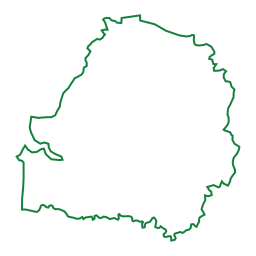 Kuala Muda, Kedah, Malaysia (orthographic projection)
{"feature_id": "92858781B60968971882976", "entity_name": "Kuala Muda", "entity_type": "district", "adm_level": 2, "iso_a3": "MYS", "parent_name": "Malaysia", "parent_adm1": "Kedah", "projection": "orthographic", "projection_center": [100.515, 5.701], "detail": "fine", "context": "isolated", "style": "outline", "palette": "green", "viewbox_px": 256, "rotation_deg": 0, "n_neighbors": 0, "source": "geoboundaries", "source_scale": "gbopen_adm2", "svg_char_len": 3694}
<svg xmlns="http://www.w3.org/2000/svg" viewBox="0 0 256 256"><path d="M146.5,222.9L150.2,221.7L151.1,220.2L152.5,218.0L153.9,217.5L155.2,218.9L156.3,220.8L156.1,223.0L155.2,226.9L157.8,228.1L159.5,227.7L160.6,226.3L162.4,227.7L164.1,228.8L165.6,229.5L166.3,231.0L165.6,232.5L163.6,234.4L163.9,236.4L165.5,237.0L169.7,236.1L170.8,236.4L171.1,238.0L171.3,240.6L173.0,240.2L174.9,239.7L175.6,238.5L175.3,237.0L174.2,235.5L174.7,233.8L176.3,233.1L177.7,232.8L180.2,232.0L182.4,232.9L184.1,232.0L186.3,230.2L188.7,229.8L190.7,228.0L191.2,224.4L193.4,224.1L195.3,226.1L196.5,226.8L199.1,221.6L199.1,219.7L199.4,217.8L202.2,215.8L204.5,214.7L204.1,213.6L202.8,211.1L201.6,209.5L201.9,208.0L202.5,206.1L203.9,202.7L205.3,200.2L205.1,195.3L208.0,196.3L211.7,195.1L211.2,191.7L209.2,190.0L207.3,187.0L213.6,185.1L218.3,187.3L219.5,187.0L220.7,184.1L221.9,181.4L223.7,183.6L228.0,185.6L230.0,181.7L230.7,178.5L232.7,175.5L235.1,172.4L234.9,169.4L233.2,165.5L232.7,162.1L233.7,157.7L236.3,154.6L238.0,151.9L239.3,148.0L239.3,146.7L235.4,144.3L234.4,143.6L232.4,139.7L232.7,135.8L231.5,135.0L230.2,132.3L225.1,130.6L223.6,129.7L225.6,127.5L228.0,124.0L228.8,121.1L228.5,117.0L227.5,114.8L227.8,110.9L228.3,107.9L230.0,105.0L231.7,101.3L233.6,97.2L233.6,93.3L234.4,89.4L231.7,86.9L231.0,84.7L230.2,82.1L227.3,81.3L225.6,81.3L223.6,77.2L223.9,74.0L226.1,71.3L222.9,69.1L219.5,70.6L214.1,70.8L213.6,68.1L216.3,64.2L213.4,64.0L212.9,62.5L212.2,59.6L209.2,58.9L209.5,57.2L211.4,55.5L214.3,54.0L214.3,51.5L212.9,49.4L211.4,46.7L206.5,44.0L203.4,45.0L199.2,45.5L195.6,45.0L194.3,43.3L193.8,39.8L194.1,35.9L194.1,35.4L192.1,35.0L189.5,36.2L186.0,36.4L179.4,35.4L165.9,30.7L154.8,24.3L140.2,20.5L140.0,15.4L121.6,18.0L121.3,23.0L117.0,22.7L116.0,21.8L114.7,20.8L112.5,20.7L110.8,19.7L109.4,18.0L106.4,17.9L104.1,18.5L103.6,19.2L103.1,19.7L104.1,20.8L105.3,23.0L107.5,29.7L104.6,29.6L101.7,30.4L103.6,33.2L105.0,34.4L103.9,35.7L102.4,38.0L99.6,39.6L97.2,38.9L95.0,40.3L92.2,42.1L90.1,44.7L88.2,46.2L87.4,48.4L90.4,51.3L88.4,55.0L85.5,58.1L85.5,60.1L86.7,62.8L86.7,66.0L83.8,67.7L83.3,72.1L81.6,74.5L78.4,76.4L74.5,78.4L72.8,81.3L70.6,84.5L68.6,87.9L65.7,90.6L63.3,93.3L61.3,99.1L60.3,102.8L59.8,106.7L57.2,110.9L55.2,115.3L51.3,117.2L46.7,117.2L38.4,117.9L31.3,116.7L29.7,127.3L30.9,132.2L34.7,140.2L40.4,143.7L44.2,142.5L48.4,143.7L48.8,147.5L50.7,151.3L55.3,154.0L61.4,156.6L62.5,159.7L59.1,160.1L55.6,159.7L51.4,159.3L49.2,157.4L45.7,154.0L43.8,148.6L41.5,149.0L36.6,152.0L32.0,152.4L27.8,149.4L25.1,145.6L22.8,149.4L20.2,154.7L16.7,156.6L19.0,160.1L22.1,160.8L23.6,162.7L23.6,168.1L23.6,173.4L23.6,178.0L23.2,187.1L22.1,199.0L22.0,209.5L25.8,209.5L33.9,211.4L37.0,211.9L38.4,210.9L39.5,209.5L40.3,207.8L40.9,205.8L42.5,204.8L44.8,205.6L46.3,207.2L48.3,207.5L49.4,205.8L50.9,205.3L52.5,205.8L53.1,207.7L54.8,209.1L57.7,209.1L59.1,209.1L64.4,211.4L65.6,212.7L66.9,214.4L67.7,216.1L69.4,217.0L72.7,217.5L76.9,218.8L79.5,218.6L82.3,217.0L83.4,219.1L85.5,217.5L91.6,216.6L92.2,217.4L92.8,219.7L94.4,218.9L94.7,215.9L96.4,215.3L99.5,218.0L101.6,217.8L103.6,216.6L106.4,217.2L108.1,218.0L109.8,219.1L112.3,218.5L114.2,218.0L117.8,219.7L118.8,218.6L118.4,214.7L119.4,214.1L120.6,215.6L122.7,216.3L126.1,216.3L128.4,216.1L131.0,216.7L131.4,217.0L131.8,217.8L132.2,218.3L132.4,218.8L132.2,219.3L132.1,219.7L132.3,220.3L132.5,220.9L132.9,221.2L133.3,221.4L134.1,221.0L135.8,220.4L137.6,220.6L139.2,221.5L140.1,221.7L140.9,221.6L141.4,221.5L142.0,221.5L142.7,221.6L142.9,222.4L142.8,222.8L142.3,223.1L142.1,223.4L142.2,223.8L142.2,224.9L142.1,225.5L142.1,226.0L142.5,227.6L143.8,227.6L144.6,227.2L144.9,226.7L144.8,226.2L144.7,225.5L145.1,224.2L145.7,223.2L146.5,222.9Z" fill="none" stroke="#15803d" stroke-width="2"/></svg>